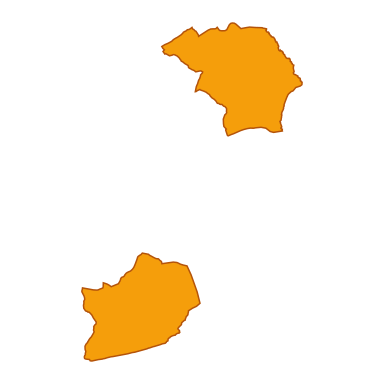 Awutu Senya East, Central, Ghana (Albers equal-area conic projection)
{"feature_id": "2480657B20036139360918", "entity_name": "Awutu Senya East", "entity_type": "district", "adm_level": 2, "iso_a3": "GHA", "parent_name": "Ghana", "parent_adm1": "Central", "projection": "albers", "projection_center": [-0.477, 5.487], "detail": "fine", "context": "isolated", "style": "filled", "palette": "amber", "viewbox_px": 384, "rotation_deg": 0, "n_neighbors": 0, "source": "geoboundaries", "source_scale": "gbopen_adm2", "svg_char_len": 5807}
<svg xmlns="http://www.w3.org/2000/svg" viewBox="0 0 384 384"><path d="M195.3,91.7L196.0,91.6L197.4,90.6L199.9,89.5L200.2,89.8L201.2,90.3L202.3,90.6L203.9,91.2L206.3,92.3L207.3,93.2L208.3,93.9L209.4,94.5L210.3,96.1L212.0,97.9L214.2,99.3L215.9,101.0L217.3,103.2L217.9,103.4L218.7,103.4L219.7,104.2L220.8,104.5L221.9,104.4L223.6,106.1L225.0,106.6L226.5,108.4L226.6,110.2L226.4,111.1L226.7,112.5L226.2,113.6L224.8,114.9L223.3,119.1L223.5,123.9L223.9,126.5L226.3,129.1L225.7,129.7L225.7,130.2L227.3,135.1L227.6,135.6L228.3,135.8L231.6,134.4L233.4,133.8L240.6,130.6L243.8,129.5L247.2,128.6L250.2,128.1L253.6,128.2L255.7,127.8L261.1,127.3L265.9,128.2L270.2,131.5L273.6,132.4L282.3,131.0L282.0,130.2L282.3,129.9L282.2,129.7L282.3,129.2L281.4,128.8L281.1,128.5L280.9,128.3L281.1,127.6L281.6,127.3L281.7,126.9L281.5,126.6L281.6,126.3L280.3,122.8L280.5,122.5L279.9,121.4L281.0,120.3L281.3,118.3L281.3,117.9L281.6,117.0L281.5,116.2L281.8,115.4L281.4,114.6L281.8,114.2L281.6,113.2L282.2,111.6L282.8,110.5L283.4,109.0L283.6,108.3L283.5,107.7L283.7,106.9L284.2,105.8L284.0,105.4L284.0,104.9L285.2,101.5L287.0,96.8L287.3,96.4L287.6,95.4L288.6,93.9L291.2,91.6L291.8,91.3L292.6,91.1L293.2,90.7L295.8,87.5L300.3,86.0L301.9,84.7L302.1,82.5L302.0,82.1L301.4,81.9L301.1,81.3L300.5,81.1L300.4,80.8L300.6,80.3L300.2,79.9L300.3,79.1L300.1,78.3L299.6,78.0L299.0,78.0L298.7,77.5L298.3,77.4L298.0,77.1L297.9,76.6L297.6,76.3L297.8,76.0L297.7,75.9L297.1,75.8L296.6,75.3L295.8,75.0L295.4,74.6L294.8,74.6L293.6,73.9L293.4,72.6L294.1,71.8L294.0,71.0L293.6,69.8L293.5,69.0L293.3,68.2L293.4,67.6L293.3,66.8L293.6,66.2L293.8,65.4L293.8,65.2L293.5,65.2L292.1,63.9L292.2,63.5L291.4,62.8L291.5,62.3L291.4,61.9L290.3,61.5L290.2,61.2L290.4,61.0L290.0,59.2L289.4,59.0L289.5,58.5L289.2,58.3L288.4,58.4L287.9,58.3L287.7,58.4L287.4,58.5L286.8,58.3L286.5,58.0L286.2,57.9L285.2,56.3L284.7,55.4L284.7,54.9L284.4,54.6L283.8,54.4L283.6,54.2L283.5,53.6L283.1,53.2L283.1,52.5L282.6,52.5L282.7,52.0L282.6,51.8L282.3,51.6L281.7,50.9L281.2,50.9L280.9,51.1L280.7,50.7L280.3,50.6L280.3,50.3L280.2,50.1L279.8,50.6L279.6,50.8L278.9,50.3L278.2,47.8L278.3,47.3L278.6,47.0L278.7,46.6L278.5,45.7L278.0,45.3L278.0,44.5L277.7,43.8L277.4,43.6L276.9,42.0L275.9,42.0L275.8,41.2L275.6,40.9L275.2,40.7L275.1,39.9L274.9,39.6L275.0,39.3L273.5,37.2L272.3,37.2L272.1,36.8L271.2,36.6L271.1,36.4L271.2,36.2L271.1,35.9L270.9,35.6L270.2,35.3L270.0,34.8L269.8,34.5L268.8,33.6L268.9,33.4L269.2,33.5L269.3,33.3L268.5,32.2L268.2,32.0L267.3,32.2L266.5,31.5L265.9,30.4L266.3,30.1L266.2,29.7L266.5,29.4L266.5,28.8L264.1,28.3L263.2,28.2L262.1,27.7L255.4,27.5L249.6,27.1L246.9,27.5L240.9,28.6L236.0,24.2L234.3,23.2L232.3,23.0L230.7,23.4L229.3,24.8L226.8,29.7L225.0,30.7L221.7,30.8L219.5,30.4L217.2,27.3L215.9,28.6L214.2,28.9L212.9,28.8L212.0,29.0L211.0,28.9L208.2,30.1L198.6,36.3L198.5,35.3L197.7,33.9L195.9,31.2L194.9,30.8L193.8,29.5L192.6,29.0L192.0,27.4L191.6,27.7L190.2,28.8L188.9,29.5L187.4,29.7L185.5,31.3L184.8,31.4L183.3,32.3L182.8,33.2L181.0,34.9L177.1,37.5L176.0,38.0L173.4,39.6L171.7,41.3L168.0,43.3L164.9,44.6L161.8,46.5L162.9,48.4L164.4,49.8L163.0,51.5L164.9,54.1L165.8,53.7L169.5,55.8L172.1,55.2L172.9,54.7L173.8,54.6L175.5,55.1L176.0,55.5L177.2,56.0L179.3,58.0L180.3,59.6L180.9,60.2L181.3,61.2L182.5,61.7L184.8,63.6L188.1,65.5L188.6,67.6L189.7,68.4L190.4,68.6L191.4,69.4L194.3,70.6L195.6,71.8L196.6,71.7L199.7,71.0L200.9,70.9L202.6,71.8L202.4,72.9L200.6,74.9L200.3,76.8L199.9,77.7L199.7,78.5L198.6,80.3L197.5,84.0L197.0,85.0L196.3,86.7L195.3,91.7ZM200.0,303.3L197.2,292.1L191.1,274.9L187.0,265.9L183.5,265.1L180.5,264.2L178.1,263.0L176.9,262.5L173.3,262.1L161.9,263.7L161.6,262.0L161.2,261.3L159.9,260.4L158.5,258.9L156.0,258.6L154.1,257.7L150.3,255.6L149.5,255.3L148.6,254.3L142.3,253.1L141.0,254.6L139.5,255.4L138.2,256.4L137.7,257.0L136.9,259.6L135.2,264.2L133.9,267.2L133.1,268.4L132.4,269.3L130.8,270.8L130.4,271.1L128.9,271.7L127.2,272.5L126.1,273.3L124.8,274.9L124.5,275.6L123.8,276.5L123.0,276.9L122.0,277.2L121.3,277.7L120.6,278.9L120.6,279.4L120.0,281.0L118.6,283.4L118.5,283.7L111.2,286.7L109.3,285.3L107.4,284.2L105.8,283.6L103.3,282.8L103.2,286.8L102.8,288.0L99.6,289.2L98.2,289.9L96.9,290.1L93.4,289.9L82.5,287.9L82.3,289.3L81.9,290.9L81.9,291.8L84.1,296.2L84.6,298.0L84.7,299.5L84.4,300.1L83.9,301.0L83.8,301.3L83.9,302.3L83.8,304.2L83.5,304.9L83.5,305.8L83.8,308.3L85.4,310.7L85.7,310.9L86.1,311.2L87.0,311.3L87.7,312.0L88.0,312.1L88.8,312.1L89.4,312.4L90.6,313.7L91.5,314.6L92.0,315.3L93.4,318.0L96.2,322.0L96.0,324.0L95.3,324.5L94.6,325.2L94.1,326.0L93.7,326.9L93.8,327.1L93.9,327.9L93.5,330.1L94.1,331.7L93.9,332.4L91.4,336.8L90.0,338.3L89.0,339.7L88.7,340.4L87.8,341.7L87.6,342.5L87.0,343.0L86.6,343.6L86.2,343.9L85.3,345.6L85.0,346.3L85.1,349.2L85.3,350.1L85.7,351.0L85.8,351.8L85.3,353.3L85.4,354.6L85.2,355.0L84.8,355.4L84.4,356.5L84.3,357.0L84.6,358.4L85.3,358.9L86.8,359.2L89.5,359.5L90.2,360.8L91.9,361.0L98.3,359.6L102.2,359.1L103.9,358.6L104.6,358.6L106.9,357.8L110.9,356.8L112.8,356.6L128.1,353.7L132.1,352.6L134.8,352.2L147.0,348.8L148.8,348.0L149.4,348.0L153.1,346.7L154.1,346.5L160.1,344.7L162.4,343.8L165.1,343.3L165.5,343.0L165.7,342.7L166.2,342.4L166.6,341.5L167.9,340.9L168.0,340.5L168.0,339.5L168.3,338.7L168.9,338.1L169.9,337.6L170.4,336.8L170.8,336.6L171.4,336.4L172.2,335.9L173.5,335.5L174.3,335.3L175.4,335.1L175.6,334.7L175.9,334.4L176.7,333.7L178.2,333.2L179.1,333.1L179.4,332.8L179.8,332.2L179.3,331.9L179.5,330.7L178.9,330.0L178.3,329.4L178.0,329.1L177.9,328.8L177.9,328.4L179.3,326.7L181.0,325.1L181.4,324.6L181.5,324.2L181.5,323.7L181.7,322.8L181.9,322.5L184.2,320.5L185.1,320.2L185.3,319.9L185.3,319.1L186.0,317.4L186.1,316.9L186.4,316.4L187.6,315.3L187.8,314.5L188.1,314.0L188.0,313.4L188.5,311.8L188.4,310.9L188.7,310.6L191.3,309.0L192.3,308.3L196.5,306.3L200.0,303.3Z" fill="#f59e0b" stroke="#b45309" stroke-width="1.5"/></svg>